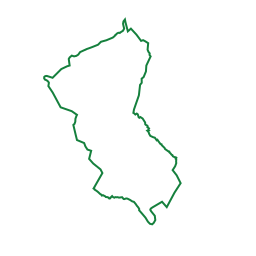 San, Ségou, Mali (Robinson projection), rotated 330°
{"feature_id": "8926073B15709511390037", "entity_name": "San", "entity_type": "district", "adm_level": 2, "iso_a3": "MLI", "parent_name": "Mali", "parent_adm1": "Ségou", "projection": "robinson", "projection_center": [-4.933, 13.109], "detail": "fine", "context": "isolated", "style": "outline", "palette": "green", "viewbox_px": 256, "rotation_deg": 330, "n_neighbors": 0, "source": "geoboundaries", "source_scale": "gbopen_adm2", "svg_char_len": 2403}
<svg xmlns="http://www.w3.org/2000/svg" viewBox="0 0 256 256"><g transform="rotate(330 128 128)"><path d="M131.8,39.0L124.5,38.3L121.6,39.6L119.3,39.7L117.1,39.0L115.5,37.2L112.8,37.7L111.2,38.6L108.7,44.7L106.1,44.1L99.7,43.6L87.8,46.8L83.7,42.3L82.3,41.7L81.0,41.9L80.2,43.1L80.3,44.6L81.4,46.0L82.1,47.9L82.1,49.3L80.0,51.9L80.5,59.7L80.0,76.4L87.7,85.3L90.4,91.1L89.8,91.5L89.6,91.6L87.1,93.7L85.5,96.2L83.7,97.7L82.5,97.9L82.2,98.0L79.3,107.7L77.8,112.9L82.5,119.1L81.9,122.7L82.1,126.4L84.7,129.3L78.9,135.3L80.1,141.3L83.5,150.1L83.3,154.2L68.1,163.1L68.5,163.5L68.2,163.9L68.3,164.7L69.3,166.6L70.1,168.6L70.9,171.3L71.4,172.0L71.6,173.5L72.7,173.6L74.1,175.8L74.3,176.7L75.9,177.8L76.5,179.7L77.2,180.0L77.4,180.0L77.7,179.9L78.1,179.4L79.0,179.4L79.7,179.1L80.2,179.0L80.4,180.2L81.3,181.5L82.4,181.5L83.2,182.1L84.5,182.8L85.4,183.8L88.3,185.0L88.7,187.3L89.2,187.7L91.2,188.1L92.2,188.9L93.8,191.3L95.0,193.7L96.2,194.9L96.7,197.9L96.8,199.9L96.9,200.2L97.2,202.0L97.2,203.8L96.5,204.8L97.5,209.9L98.3,214.4L98.4,219.0L99.1,221.9L100.8,223.5L102.9,223.0L105.6,221.4L107.3,217.4L106.4,211.8L106.4,210.0L107.4,209.2L109.4,209.0L120.6,208.9L122.0,215.9L136.0,207.2L146.0,202.1L146.5,193.3L145.6,186.8L149.7,184.7L152.2,182.6L152.9,181.1L154.1,179.3L153.9,178.6L155.0,178.0L154.7,177.2L154.1,177.1L152.7,174.9L152.9,173.6L152.4,173.1L152.1,171.1L151.6,169.7L152.0,169.1L151.7,168.6L151.1,168.1L150.5,166.7L149.6,164.8L149.7,163.5L148.8,160.3L148.6,159.7L148.9,158.9L148.1,158.0L147.7,154.5L147.6,152.9L146.7,153.0L146.4,149.8L145.3,148.7L143.4,146.0L143.4,143.6L143.8,142.0L143.4,140.0L144.8,140.4L144.6,139.7L146.0,138.9L145.2,137.0L145.9,136.4L145.9,135.6L145.4,134.8L144.9,134.0L144.8,133.4L145.0,133.0L145.6,131.8L145.4,127.1L144.2,124.7L142.9,124.8L142.8,124.4L142.6,124.0L143.3,121.1L142.8,119.9L141.1,120.0L140.6,118.2L140.2,117.6L142.5,114.9L153.6,105.3L154.1,104.7L160.0,96.7L162.5,95.7L164.5,92.1L167.0,91.7L171.8,88.0L175.1,83.1L183.4,77.3L183.2,75.4L184.1,74.2L183.8,72.3L184.1,70.0L187.9,64.6L186.1,61.2L185.0,59.5L182.9,59.1L182.0,51.4L180.2,43.4L176.2,44.2L178.7,35.1L179.6,32.5L177.4,33.4L175.8,35.3L175.0,37.8L174.4,40.0L172.2,41.3L169.3,41.4L168.4,41.6L168.0,41.1L167.1,40.7L166.2,40.7L165.3,40.7L164.5,41.1L164.2,41.2L163.6,41.1L162.4,41.7L160.0,42.1L153.1,41.2L147.7,39.8L143.7,40.9L138.1,40.1L135.0,39.6L131.8,39.0Z" fill="none" stroke="#15803d" stroke-width="2"/></g></svg>